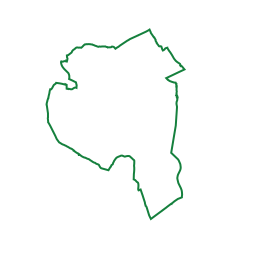 outline of Uitgeest, Noord-Holland, Netherlands, rotated 70°
{"feature_id": "6326949B50941675836803", "entity_name": "Uitgeest", "entity_type": "district", "adm_level": 2, "iso_a3": "NLD", "parent_name": "Netherlands", "parent_adm1": "Noord-Holland", "projection": "robinson", "projection_center": [4.72, 52.523], "detail": "fine", "context": "isolated", "style": "outline", "palette": "green", "viewbox_px": 256, "rotation_deg": 70, "n_neighbors": 0, "source": "geoboundaries", "source_scale": "gbopen_adm2", "svg_char_len": 5492}
<svg xmlns="http://www.w3.org/2000/svg" viewBox="0 0 256 256"><g transform="rotate(70 128 128)"><path d="M211.6,101.1L210.4,100.6L209.3,100.0L208.3,99.7L206.9,99.3L205.5,99.0L204.6,98.9L202.7,98.9L199.9,99.2L197.9,99.4L196.9,99.5L193.5,99.1L191.9,98.8L191.2,98.4L190.5,98.0L189.5,97.4L188.7,96.7L185.7,93.6L184.4,92.6L183.8,92.3L182.9,91.9L180.3,91.3L179.1,91.2L178.3,91.3L176.1,91.4L174.6,91.7L166.1,95.9L142.1,82.3L125.8,75.1L124.8,74.7L121.9,74.2L121.2,73.9L120.1,73.4L118.8,72.3L117.9,71.9L117.4,71.5L116.3,71.7L116.1,71.7L115.8,71.5L115.6,71.5L115.5,71.1L115.4,71.1L115.5,70.9L115.4,70.9L115.2,70.8L114.8,71.0L114.6,70.8L114.4,70.8L114.2,70.8L114.0,71.0L113.8,71.3L113.7,71.5L112.6,70.6L112.0,70.6L110.6,69.8L110.1,69.6L109.9,69.6L109.6,69.6L108.1,69.1L105.6,68.0L105.5,68.4L103.3,67.5L103.2,67.8L102.9,67.8L102.5,67.7L101.7,67.7L101.0,69.2L100.6,69.7L99.7,70.9L98.5,72.3L98.2,72.7L97.4,73.3L96.3,73.9L96.3,74.1L94.2,75.0L92.9,61.5L92.3,54.9L88.6,56.2L88.3,56.4L87.3,57.0L87.2,57.1L87.5,57.4L87.3,57.5L87.2,57.3L87.0,57.2L85.6,57.2L84.3,58.1L84.2,58.2L83.0,59.1L81.3,60.1L79.0,60.9L78.2,61.1L74.6,61.7L71.4,62.4L69.5,63.0L67.2,63.5L66.5,63.6L66.4,63.7L66.3,63.8L66.0,63.7L65.9,64.6L65.9,65.1L66.0,65.7L66.1,66.0L66.5,66.6L66.8,67.1L66.9,67.4L67.1,68.7L65.9,68.9L62.9,68.8L62.8,69.0L62.4,69.3L62.3,69.5L62.1,70.3L62.0,70.6L61.7,70.9L61.5,71.0L60.4,71.2L59.7,71.5L57.9,72.0L57.8,71.9L57.7,71.8L56.8,72.0L55.9,72.2L55.5,72.2L55.2,72.2L54.8,71.9L54.7,71.9L53.9,72.0L53.0,72.2L51.9,72.3L51.8,72.6L51.7,72.7L51.3,72.7L50.8,72.9L49.5,73.2L46.5,74.0L45.6,73.9L42.9,74.1L43.0,74.5L43.2,75.3L43.4,76.6L43.6,77.8L44.3,85.8L44.3,86.5L44.4,86.8L44.5,87.1L44.4,87.7L44.5,88.1L45.1,95.6L45.3,96.7L45.5,97.2L45.6,97.6L45.6,98.1L45.6,98.4L47.8,107.4L48.2,108.5L48.4,109.2L48.5,109.5L48.5,110.1L49.2,112.7L48.5,113.0L47.6,113.3L47.2,113.5L46.6,114.1L46.0,115.2L46.0,115.4L46.2,115.8L46.3,116.4L46.3,116.5L45.6,118.5L45.4,119.2L45.4,119.3L45.4,119.5L45.1,119.6L44.9,119.7L44.7,120.2L44.4,120.6L43.6,121.4L43.4,122.1L42.6,124.3L42.3,125.3L42.2,125.9L41.9,126.5L41.6,127.0L41.6,127.5L41.6,127.9L41.6,128.0L41.3,128.4L41.0,128.9L40.3,129.6L39.9,130.1L39.7,130.4L39.3,130.9L38.4,131.8L38.0,132.4L37.3,133.0L37.0,133.7L36.7,134.3L36.3,134.9L35.5,136.9L35.3,137.9L34.9,138.6L34.9,139.1L34.9,139.6L34.7,140.0L34.9,140.7L35.2,141.4L36.2,143.4L36.6,144.5L36.1,145.3L36.0,145.7L35.5,147.2L35.0,148.0L34.8,148.8L34.8,149.2L35.2,150.4L35.5,151.0L35.9,152.6L36.1,153.2L36.5,153.8L36.7,154.2L37.5,154.9L37.8,155.3L39.1,159.4L39.0,159.7L38.9,160.6L39.6,160.8L40.0,160.9L40.6,161.1L41.9,161.1L42.3,161.2L43.7,162.1L44.0,162.2L44.1,162.3L43.7,162.8L44.5,163.0L43.5,164.6L43.4,165.0L43.4,166.0L43.4,166.6L43.2,167.0L42.6,167.9L42.9,168.2L43.1,168.4L44.4,168.7L45.5,168.8L46.7,168.8L48.1,168.6L49.4,168.2L50.1,168.0L51.5,167.4L55.3,165.6L55.9,165.3L56.5,165.2L57.8,165.2L58.8,165.3L59.7,165.6L60.6,165.9L61.0,166.1L61.8,166.6L64.4,164.0L67.3,161.3L68.8,161.5L70.2,161.6L72.6,162.7L72.3,163.0L72.0,163.8L71.9,164.1L71.9,164.5L71.9,164.9L72.3,166.7L72.4,167.0L72.4,167.4L72.3,167.7L72.2,168.1L72.1,168.4L70.8,170.5L71.0,170.7L70.1,172.2L66.4,170.9L65.5,171.8L65.9,172.0L63.9,174.9L62.6,177.1L61.0,180.1L61.5,180.6L61.9,181.9L62.1,182.7L62.3,183.1L63.3,184.3L64.2,185.2L65.4,186.9L65.4,187.0L65.3,187.3L65.0,187.8L66.4,188.9L68.6,190.1L70.5,191.4L72.0,192.3L72.3,192.4L72.7,192.6L72.9,192.8L72.9,193.0L73.2,193.2L74.7,194.4L75.3,194.7L75.9,195.2L76.7,195.7L76.9,195.9L77.5,196.1L77.7,196.3L78.0,196.3L78.4,196.6L79.2,196.6L86.9,198.2L87.7,198.5L90.8,199.6L91.1,199.9L91.3,200.0L94.6,200.8L95.3,201.1L96.0,200.9L97.6,200.6L99.6,200.3L110.6,199.0L113.5,198.8L114.2,198.7L118.0,197.6L119.0,196.7L120.5,195.6L121.2,194.9L121.5,194.5L122.1,193.8L122.9,193.1L123.4,192.5L124.9,191.3L125.0,191.1L125.2,190.9L127.5,189.1L127.6,188.9L127.7,188.7L128.0,188.4L128.5,187.9L130.7,186.5L130.9,186.7L131.0,186.6L131.6,186.2L133.2,185.1L134.1,184.4L134.6,183.9L135.2,183.5L135.5,183.4L137.3,183.5L136.8,183.2L136.6,182.9L136.4,182.8L136.2,182.7L137.9,181.7L138.8,181.1L139.7,180.3L140.7,179.3L140.9,179.1L141.0,178.7L141.4,178.2L143.0,176.7L143.3,176.2L144.3,175.1L145.4,174.5L146.7,173.4L147.6,172.9L148.1,172.4L148.9,171.7L149.5,170.8L150.2,170.4L150.8,170.0L151.5,169.1L152.2,168.3L152.6,168.0L152.8,168.0L155.3,167.6L156.3,167.2L156.8,166.7L161.0,160.8L158.8,158.1L158.6,157.5L158.3,157.2L157.4,156.4L157.2,156.1L157.0,155.1L156.9,154.8L156.6,154.5L156.1,154.2L155.7,153.9L155.2,153.3L154.2,152.3L153.9,152.0L153.7,151.6L153.4,151.2L153.0,150.7L152.0,149.0L151.9,148.6L151.7,146.9L151.7,146.3L151.7,145.6L151.6,144.1L151.8,143.3L151.9,143.0L152.4,142.4L153.7,141.0L153.9,140.3L153.9,139.4L154.3,137.5L154.9,136.3L155.1,136.1L158.1,134.5L159.6,133.8L160.0,133.5L160.3,133.3L160.8,133.3L161.0,133.3L163.6,134.3L165.5,135.2L166.2,135.4L167.1,135.6L169.1,136.3L171.4,137.3L173.2,138.2L178.2,140.2L178.4,139.9L179.0,139.5L179.5,139.0L181.5,138.2L182.5,137.5L182.6,137.4L183.0,137.3L184.0,137.4L185.2,137.7L186.7,138.3L188.6,139.2L189.2,139.4L189.8,139.4L190.2,139.4L190.3,139.3L190.2,138.7L190.1,138.0L190.1,137.2L195.3,137.3L196.2,137.3L198.4,137.4L203.8,137.6L204.9,137.9L206.2,137.9L207.1,138.1L207.6,137.8L207.9,137.7L208.5,137.6L209.2,137.6L217.2,138.0L218.4,137.9L219.3,137.8L221.3,137.6L220.2,133.9L215.7,118.8L215.6,118.6L214.2,114.1L213.9,113.0L213.9,112.9L214.1,112.8L214.0,112.7L213.9,112.7L213.4,111.2L212.8,109.6L212.5,108.5L211.9,106.1L211.7,105.3L211.7,104.1L211.6,101.1Z" fill="none" stroke="#15803d" stroke-width="2"/></g></svg>